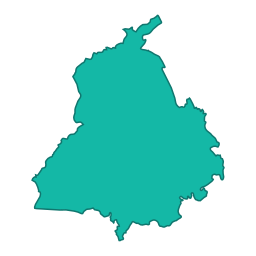 the State of Punjab
{"feature_id": "IND-3249", "entity_name": "Punjab", "entity_type": "State", "adm_level": 1, "iso_a3": "IND", "parent_name": "India", "parent_adm1": "", "projection": "natural_earth1", "projection_center": [75.648, 31.038], "detail": "fine", "context": "isolated", "style": "filled", "palette": "teal", "viewbox_px": 256, "rotation_deg": 0, "n_neighbors": 0, "source": "natural_earth", "source_scale": "10m", "svg_char_len": 5871}
<svg xmlns="http://www.w3.org/2000/svg" viewBox="0 0 256 256"><path d="M123.0,43.4L123.9,39.9L124.4,38.7L126.4,36.3L127.0,34.8L126.7,33.1L125.1,30.9L123.3,29.4L125.1,28.8L129.0,29.2L130.5,28.4L131.0,27.8L131.9,27.3L132.2,27.3L132.4,27.8L132.2,29.1L132.4,29.6L132.8,30.0L134.6,31.3L136.0,31.8L138.2,28.4L140.4,26.2L142.8,24.6L147.2,24.3L148.1,23.8L150.1,22.0L150.5,20.0L150.9,19.3L154.3,18.1L155.6,17.0L156.2,16.8L157.4,15.4L158.0,15.5L158.6,16.3L161.4,21.9L161.5,22.3L161.4,22.8L161.0,23.2L158.0,25.0L153.2,29.1L150.9,31.9L150.0,32.8L149.0,33.5L147.8,34.0L143.4,35.0L142.9,35.6L142.5,36.4L142.4,37.5L142.6,38.7L142.9,39.7L143.6,40.2L144.0,40.2L145.4,39.6L145.7,39.8L145.8,40.3L145.5,41.4L144.5,43.5L140.9,47.7L140.6,48.3L140.8,48.9L142.1,49.5L145.9,50.1L147.3,50.7L148.2,50.4L148.6,50.9L151.5,52.3L154.6,54.3L158.3,56.0L159.4,56.8L160.2,58.2L162.4,61.7L164.9,66.8L164.9,67.3L164.5,67.5L162.9,67.4L162.4,67.7L162.1,68.1L162.1,69.5L171.3,87.9L174.8,98.1L175.7,102.7L176.1,103.9L176.8,105.1L178.1,106.6L179.5,107.5L180.9,106.9L182.1,106.7L183.2,107.2L184.1,107.2L184.9,106.2L185.3,104.4L185.7,104.1L186.5,104.2L186.9,103.9L187.1,103.2L186.7,100.3L187.0,99.4L188.7,98.9L189.4,98.1L190.2,99.0L192.7,103.8L194.0,106.7L194.3,108.1L194.8,108.3L195.2,108.2L195.9,107.5L196.2,107.4L196.6,107.8L197.1,108.8L197.6,109.2L197.9,109.3L198.3,108.7L199.4,108.9L200.1,109.7L200.4,111.1L200.8,111.4L201.3,111.1L201.9,109.8L202.3,109.5L202.9,110.2L203.4,111.1L203.6,111.9L203.2,113.3L203.3,113.6L205.3,113.5L205.8,113.6L206.1,114.1L205.7,115.0L204.8,116.2L204.5,117.4L204.4,120.6L204.5,121.2L205.7,122.0L205.8,122.7L205.1,124.1L204.8,125.4L204.9,126.9L205.4,128.6L206.0,129.6L207.2,131.0L210.7,133.8L212.0,135.4L214.9,137.9L215.5,138.7L217.0,141.9L218.7,142.6L219.1,143.4L219.1,144.4L218.8,145.5L217.9,147.0L215.3,146.2L213.3,146.4L210.9,147.6L210.5,147.9L210.3,148.9L210.4,149.5L210.8,150.4L212.6,152.0L215.8,155.8L216.0,155.9L217.0,155.1L217.7,155.0L219.4,155.4L220.2,155.2L220.8,157.9L221.1,158.3L222.4,158.8L223.2,161.0L223.3,161.9L222.9,164.3L222.8,165.7L223.9,167.4L223.9,167.9L223.3,169.1L223.0,170.0L223.1,173.4L223.7,176.9L223.3,178.7L222.7,179.6L222.1,179.8L221.4,179.5L220.8,178.4L219.9,175.3L219.5,174.8L218.9,174.6L216.2,174.9L215.0,174.3L214.1,174.3L212.5,175.1L212.1,175.8L211.9,178.4L212.2,178.8L213.2,179.2L213.3,179.4L212.6,180.5L211.7,181.4L207.7,184.5L204.9,186.2L202.3,187.1L201.4,187.7L200.7,188.4L200.4,189.2L200.5,189.9L200.8,190.3L201.1,190.5L202.1,190.0L203.5,188.3L204.0,188.3L204.4,188.8L204.9,190.2L205.5,190.8L206.7,191.2L207.2,192.0L207.0,193.2L206.5,194.4L206.4,195.9L206.1,196.2L203.9,197.6L200.3,200.7L198.1,200.6L197.5,200.2L195.9,199.7L195.5,199.4L194.4,197.6L193.9,196.4L193.3,193.6L192.6,192.9L191.7,193.0L191.3,193.4L191.2,194.0L191.7,195.3L191.7,195.7L191.0,197.5L190.8,198.0L190.4,198.2L189.8,198.1L188.2,196.3L187.9,196.3L187.6,196.5L187.7,198.2L187.5,198.6L186.9,199.0L185.8,198.9L183.7,198.4L181.3,196.5L180.8,196.4L179.9,197.1L179.6,197.5L179.9,198.5L180.6,199.1L182.4,199.8L182.8,200.0L182.9,200.3L182.5,200.6L181.1,200.9L180.6,201.4L180.6,202.2L181.0,203.2L180.9,203.6L179.8,205.4L178.5,209.1L178.1,211.2L178.4,212.6L179.2,214.6L180.8,215.8L181.2,216.4L181.2,217.1L180.4,217.9L178.6,218.9L176.3,220.6L174.9,220.9L172.3,222.2L170.3,225.0L169.8,225.5L169.0,225.8L167.3,225.7L164.4,227.0L163.3,227.0L161.3,226.3L160.0,226.2L159.1,225.1L158.2,222.6L157.8,222.0L156.4,220.7L154.3,220.0L153.6,220.0L152.0,220.5L150.0,221.5L149.5,222.1L149.4,222.8L149.4,224.0L148.9,224.5L148.2,224.7L146.0,224.2L142.3,225.0L140.5,224.7L138.2,223.3L136.4,223.3L133.3,221.7L132.8,221.6L132.3,221.9L131.4,223.4L130.0,225.3L128.5,228.3L128.0,229.0L126.0,231.0L125.9,232.8L125.4,232.9L124.5,232.8L123.9,233.3L123.0,235.0L122.6,235.9L122.6,236.7L123.4,238.4L123.3,239.1L122.9,239.5L121.2,239.9L120.0,240.6L119.1,240.5L118.0,236.5L116.3,234.2L116.3,233.9L116.6,233.3L116.5,232.8L115.3,231.5L115.2,230.9L116.9,229.9L117.4,229.4L117.2,227.4L117.4,226.4L119.0,226.4L119.3,226.2L118.9,224.9L117.2,222.3L116.5,219.8L116.2,219.7L115.7,219.8L114.4,220.5L114.1,221.0L113.9,222.6L113.7,222.9L112.5,221.5L111.0,220.7L110.7,220.3L110.6,219.7L110.7,218.1L110.2,217.1L111.0,215.8L111.1,213.9L110.8,212.9L110.4,212.6L109.8,212.9L109.6,213.2L109.2,215.0L108.7,215.6L105.6,216.6L104.2,216.8L100.8,214.0L100.5,213.5L100.1,211.9L99.3,211.0L98.4,210.5L94.5,209.7L93.4,208.2L92.9,208.1L89.9,209.0L87.3,209.2L86.3,209.5L83.9,211.4L82.6,213.6L81.4,213.6L78.0,212.1L74.2,211.1L66.0,209.9L60.0,210.0L36.6,208.6L34.8,208.3L34.6,207.1L35.5,204.4L40.0,196.6L40.4,194.8L40.5,193.5L40.1,192.1L38.6,191.5L38.7,190.5L37.8,187.2L36.4,183.9L35.2,182.0L32.1,180.2L32.7,178.7L33.7,177.6L34.9,176.9L36.1,177.0L35.7,174.9L36.8,175.3L37.6,175.2L38.2,174.6L41.4,169.9L41.8,168.9L42.3,168.3L44.8,167.6L45.6,166.6L45.9,164.8L45.6,162.0L46.2,160.6L48.0,158.5L49.0,157.9L50.3,157.1L51.8,156.8L52.3,156.4L52.7,154.7L53.6,154.0L54.0,152.5L55.5,150.9L56.8,148.9L58.7,147.0L58.7,146.5L58.1,145.0L58.3,144.7L59.6,144.3L60.9,143.2L61.6,141.9L61.1,140.5L62.1,139.0L62.7,138.5L63.5,138.4L65.8,138.9L67.2,139.0L67.7,138.4L67.9,137.4L68.6,136.1L69.7,135.0L70.8,134.4L73.3,134.2L74.6,133.8L77.4,130.6L77.4,129.0L78.3,127.6L79.7,126.6L83.3,124.5L81.6,122.7L80.7,122.1L79.4,122.1L76.7,122.6L75.7,122.1L74.3,120.1L74.0,119.0L73.8,117.5L74.0,116.0L75.0,113.0L75.0,109.6L75.4,107.8L77.9,101.2L80.4,97.4L80.8,95.9L80.6,94.5L78.7,91.5L77.0,84.3L73.5,77.6L72.9,76.7L73.7,75.2L74.5,74.7L75.0,73.1L75.7,72.2L76.1,69.1L76.7,67.9L77.6,66.9L82.3,63.1L83.4,62.7L84.2,62.0L85.9,58.5L89.9,59.4L91.2,59.1L92.4,57.1L93.0,54.4L94.0,52.8L96.8,53.8L97.8,52.5L99.0,52.3L100.4,52.4L101.9,52.3L102.7,51.8L103.8,49.9L104.4,49.6L106.6,49.7L106.1,47.5L107.2,47.3L111.1,48.8L111.6,48.8L112.1,48.5L112.8,47.8L113.3,47.6L115.5,48.1L115.5,46.4L116.9,44.9L118.8,43.9L120.3,43.4L121.1,43.2L123.0,43.4Z" fill="#14b8a6" stroke="#0f766e" stroke-width="1.5"/></svg>